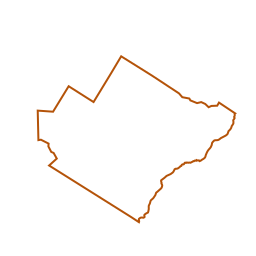 Essex, New York, United States of America, rotated 39°
{"feature_id": "52423323B12520146334260", "entity_name": "Essex", "entity_type": "district", "adm_level": 2, "iso_a3": "USA", "parent_name": "United States of America", "parent_adm1": "New York", "projection": "natural_earth1", "projection_center": [-73.449, 44.146], "detail": "fine", "context": "isolated", "style": "outline", "palette": "amber", "viewbox_px": 256, "rotation_deg": 39, "n_neighbors": 0, "source": "geoboundaries", "source_scale": "gbopen_adm2", "svg_char_len": 2144}
<svg xmlns="http://www.w3.org/2000/svg" viewBox="0 0 256 256"><g transform="rotate(39 128 128)"><path d="M55.6,132.9L59.5,162.5L46.9,171.3L66.0,193.8L67.7,191.9L76.1,190.1L77.7,192.4L83.4,194.9L85.9,194.2L91.9,196.6L90.3,206.8L186.7,195.2L195.8,194.3L195.6,193.8L195.2,193.3L194.1,192.5L193.8,191.8L193.7,191.6L194.1,190.1L194.4,189.5L195.4,188.6L196.3,188.2L196.7,187.5L196.9,187.0L196.9,186.8L196.7,186.5L195.6,185.6L195.4,185.1L195.5,184.3L195.8,183.2L196.6,181.3L196.7,181.1L196.3,180.1L195.2,178.0L193.3,175.7L193.0,175.1L192.5,172.9L191.4,170.4L191.3,169.8L191.8,166.7L191.5,163.0L190.9,161.4L190.6,160.5L190.7,160.0L190.9,159.3L191.7,154.3L191.7,153.4L191.5,152.6L191.4,152.4L190.9,151.3L190.4,150.8L189.5,150.3L189.0,150.2L188.3,149.2L187.8,149.0L186.9,148.2L186.7,147.7L187.6,144.1L187.9,142.5L188.1,141.0L190.1,137.0L190.8,134.4L190.8,133.5L190.5,131.8L190.2,130.7L190.8,129.5L191.3,129.2L192.1,128.2L192.2,127.9L192.7,126.1L192.8,124.7L193.3,123.9L193.1,123.4L193.0,122.9L193.1,122.4L193.2,122.0L194.1,121.3L194.2,121.0L194.0,119.4L194.1,119.1L194.4,118.8L194.9,118.7L195.1,118.6L195.4,117.8L196.1,117.4L196.4,117.3L196.9,116.9L197.2,116.4L198.5,115.6L198.6,115.2L199.1,114.1L199.5,113.4L199.6,112.8L199.6,112.6L200.2,112.2L200.4,111.3L201.6,110.5L201.4,109.8L202.4,109.5L202.8,109.2L203.4,108.6L203.6,108.5L204.3,108.7L204.5,108.7L205.1,107.5L205.5,105.9L206.0,104.7L206.1,104.4L206.4,102.7L206.2,101.6L205.5,100.1L204.7,97.3L204.4,95.7L204.3,93.9L204.4,92.6L204.4,91.0L204.2,90.1L203.9,89.1L203.9,88.9L202.7,86.5L202.7,85.0L202.9,83.4L203.4,82.7L204.9,81.4L205.5,80.7L205.8,80.2L206.2,79.0L206.5,77.5L208.7,72.4L209.1,70.6L209.1,70.0L208.8,69.0L208.1,67.2L208.3,65.4L208.3,64.0L208.1,62.9L207.4,61.2L207.3,59.9L207.1,58.3L206.1,56.9L205.1,56.0L204.9,55.7L204.8,55.1L204.8,54.5L204.8,54.4L204.7,53.4L204.4,53.0L203.7,52.8L203.5,52.6L203.4,52.3L203.3,51.6L203.2,51.3L202.0,49.9L202.0,49.6L202.1,49.2L182.7,51.0L183.3,54.5L178.9,58.4L177.6,61.1L172.9,60.7L168.6,61.8L166.0,65.2L159.1,67.3L157.1,66.5L150.8,69.9L145.9,69.0L113.5,72.2L77.6,76.6L80.4,96.1L84.9,129.5L55.6,132.9Z" fill="none" stroke="#b45309" stroke-width="2"/></g></svg>